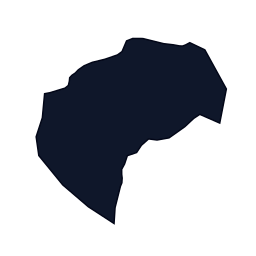 outline of Prevalje, rotated 282°
{"feature_id": "SVN-233", "entity_name": "Prevalje", "entity_type": "Municipality", "adm_level": 1, "iso_a3": "SVN", "parent_name": "Slovenia", "parent_adm1": "", "projection": "robinson", "projection_center": [14.895, 46.555], "detail": "fine", "context": "isolated", "style": "filled", "palette": "ink", "viewbox_px": 256, "rotation_deg": 282, "n_neighbors": 0, "source": "natural_earth", "source_scale": "10m", "svg_char_len": 731}
<svg xmlns="http://www.w3.org/2000/svg" viewBox="0 0 256 256"><g transform="rotate(282 128 128)"><path d="M120.2,42.1L144.2,39.3L146.2,44.1L153.9,58.1L157.2,60.8L161.6,60.9L165.1,60.5L167.9,62.2L170.8,65.0L174.7,67.4L179.8,72.2L184.8,79.4L190.5,91.2L197.3,102.5L201.5,106.3L212.9,108.5L216.6,114.1L218.6,123.9L217.9,145.4L218.8,154.9L219.0,161.3L219.5,164.3L221.2,167.0L224.3,170.7L220.4,186.9L186.6,216.1L151.9,216.7L156.3,195.4L151.1,190.3L141.1,183.3L126.9,170.2L122.3,158.9L121.6,150.4L113.9,144.7L105.8,141.5L100.8,133.1L92.0,132.1L86.3,130.4L81.3,131.5L77.8,132.7L73.1,133.4L69.4,132.7L47.4,131.9L31.7,134.2L42.7,105.6L58.8,76.0L82.5,46.5L100.3,40.0L120.2,42.1Z" fill="#0f172a" stroke="#020617" stroke-width="1.5"/></g></svg>